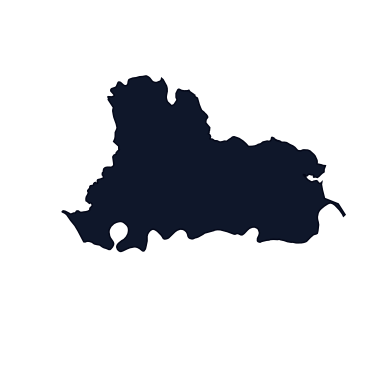 Margarita, Bolívar, Colombia, rotated 132°
{"feature_id": "7082276B40110107140606", "entity_name": "Margarita", "entity_type": "district", "adm_level": 2, "iso_a3": "COL", "parent_name": "Colombia", "parent_adm1": "Bolívar", "projection": "robinson", "projection_center": [-74.198, 9.061], "detail": "fine", "context": "isolated", "style": "filled", "palette": "ink", "viewbox_px": 384, "rotation_deg": 132, "n_neighbors": 0, "source": "geoboundaries", "source_scale": "gbopen_adm2", "svg_char_len": 6057}
<svg xmlns="http://www.w3.org/2000/svg" viewBox="0 0 384 384"><g transform="rotate(132 192 192)"><path d="M301.4,239.1L300.6,238.0L299.3,237.4L298.3,236.6L297.3,235.2L296.2,232.8L295.9,229.9L294.6,227.5L293.1,225.2L292.7,221.8L292.2,220.0L291.3,218.2L290.3,215.3L289.4,214.4L288.2,214.3L285.9,214.4L283.8,215.0L282.9,215.6L282.3,216.4L281.8,217.5L280.7,222.1L279.8,223.9L277.5,226.8L276.1,227.9L274.6,228.6L271.7,229.3L267.7,229.0L265.0,227.9L262.9,226.5L261.6,225.3L260.8,224.0L260.4,222.8L260.2,221.0L260.2,218.5L260.5,217.0L260.9,215.9L261.8,214.6L262.9,213.5L264.3,212.5L265.9,211.6L267.7,211.1L269.7,210.7L272.9,210.8L275.3,211.6L279.0,212.2L280.6,212.2L281.9,211.9L282.7,211.5L283.4,210.9L284.4,209.1L284.6,207.3L284.2,205.6L283.5,204.9L282.1,204.1L277.7,202.3L275.0,201.0L271.3,198.2L270.3,196.9L269.6,195.5L269.0,193.0L268.8,189.4L268.4,188.7L267.8,188.3L265.5,188.6L263.1,189.9L258.5,192.6L255.0,195.8L252.9,196.9L250.9,197.3L249.3,197.4L246.9,196.9L245.6,196.1L244.7,194.2L244.3,191.4L244.6,186.2L245.0,184.3L245.7,182.2L245.4,181.1L244.4,180.1L242.6,179.0L241.5,178.7L232.9,178.1L230.3,177.5L227.6,176.1L226.0,174.1L225.3,172.1L225.3,169.5L226.1,167.4L227.6,165.2L228.0,163.9L227.8,162.5L226.8,160.6L225.9,159.9L224.0,159.1L222.9,158.3L221.3,157.4L216.1,155.6L214.1,155.2L206.0,150.0L205.8,150.1L205.4,149.9L203.1,148.1L201.1,145.7L197.8,139.3L195.1,132.5L194.4,131.7L193.0,131.0L192.4,130.5L191.8,129.3L191.1,127.0L190.4,126.2L189.9,125.9L187.8,125.5L183.0,125.4L180.7,125.1L178.9,124.3L177.5,123.5L176.0,121.9L175.3,119.6L175.2,118.5L175.4,117.5L176.8,115.0L177.9,114.0L180.0,113.0L181.0,112.8L182.7,112.2L184.2,111.0L184.6,110.4L184.6,109.7L184.2,108.5L183.5,107.7L182.1,107.2L177.8,104.2L176.1,102.6L175.0,102.1L172.6,99.8L170.2,96.8L168.7,95.5L168.2,94.3L166.4,91.2L165.0,87.9L163.5,85.5L162.5,84.2L161.9,83.7L160.3,80.9L159.6,80.0L156.6,76.8L154.7,75.3L152.8,74.2L151.8,73.9L146.3,73.7L143.3,73.3L142.4,73.2L139.9,71.6L138.8,71.3L136.6,72.5L131.7,76.0L129.9,78.2L128.7,80.0L127.6,81.3L126.4,82.4L123.3,84.2L121.8,84.7L120.0,85.0L117.8,84.9L113.8,84.3L109.8,83.2L107.7,82.1L106.6,80.2L106.3,78.8L106.1,76.7L106.6,70.5L107.7,65.5L108.6,63.3L106.4,63.1L103.0,75.4L108.1,89.2L103.3,96.4L99.8,100.9L97.9,102.1L99.4,102.2L100.1,102.8L100.5,103.6L100.5,104.6L100.0,106.0L100.4,107.2L102.6,108.8L103.9,109.3L104.7,110.3L105.5,114.4L105.0,117.3L105.1,118.9L104.7,120.2L104.8,121.4L103.6,119.6L103.8,118.6L103.7,117.8L102.5,117.2L101.0,117.3L100.7,117.2L100.4,116.9L99.0,114.2L98.3,113.5L98.2,112.6L99.4,111.9L99.5,111.4L98.1,110.3L97.2,108.5L94.8,108.1L93.3,108.1L90.4,107.8L89.0,107.3L88.5,107.5L86.8,109.0L85.1,109.7L84.5,110.2L84.5,109.9L84.2,110.0L83.2,110.5L84.5,112.2L85.3,114.1L87.4,117.8L87.2,118.3L86.1,118.9L84.8,120.3L82.9,124.6L82.6,126.6L82.6,131.9L83.4,134.0L85.8,137.0L86.7,137.8L88.1,138.4L88.9,139.0L90.2,140.7L90.4,141.8L90.0,145.4L90.3,147.9L91.3,151.1L92.0,154.7L93.2,156.6L95.3,158.9L95.5,159.8L95.2,159.9L95.5,161.1L96.3,162.6L96.5,162.4L97.0,163.2L97.2,163.8L96.9,164.0L97.1,165.0L97.4,165.0L97.3,166.3L97.5,167.2L97.2,167.3L97.6,168.7L98.0,169.2L98.3,169.2L100.4,168.0L101.9,168.0L103.2,169.1L103.8,170.2L107.4,172.7L110.2,173.2L112.5,174.7L113.2,174.8L115.5,175.9L117.8,177.8L120.4,180.5L120.0,184.4L120.0,188.1L120.7,192.8L122.6,197.4L123.2,198.1L124.2,198.7L125.9,198.9L127.9,199.5L131.0,200.1L131.3,200.4L132.5,202.0L134.2,203.0L135.5,204.0L136.4,205.0L137.2,207.6L138.8,209.6L139.1,212.2L139.8,213.2L140.4,213.7L140.4,214.3L138.4,215.3L138.0,216.0L137.6,217.2L137.8,218.8L136.6,219.0L135.3,220.1L134.8,220.1L132.3,221.9L131.4,227.9L130.7,228.7L129.2,229.7L128.4,230.1L126.1,230.3L125.4,231.1L124.9,233.2L124.9,234.9L124.7,236.7L124.9,239.4L123.9,241.8L122.3,245.0L118.7,250.7L118.6,251.2L119.0,252.2L118.9,252.6L119.1,253.3L119.0,253.9L118.2,254.7L118.4,255.0L118.3,255.9L118.9,260.6L118.5,262.4L119.7,263.0L122.1,265.5L123.5,267.7L124.2,270.2L124.7,270.8L125.6,270.9L129.4,269.8L132.3,267.2L133.3,265.1L133.8,264.6L139.2,263.8L141.6,264.9L141.4,270.8L140.0,273.2L138.7,274.7L137.0,275.9L133.8,277.8L131.5,280.0L130.2,282.0L127.9,288.6L127.9,290.6L129.2,289.9L130.1,289.7L130.9,289.8L133.9,291.3L134.8,292.0L135.8,293.6L136.2,294.7L136.3,295.7L135.6,299.8L135.7,301.3L136.2,303.4L136.8,304.1L139.2,305.9L141.5,308.1L144.5,310.0L147.0,312.2L149.8,313.7L150.6,314.0L151.3,313.9L152.7,313.2L154.3,312.1L155.5,311.7L156.3,311.8L157.1,312.1L157.7,312.6L158.4,314.1L158.4,318.2L158.6,319.1L159.4,320.1L160.0,320.2L164.3,318.7L165.7,319.0L168.9,320.8L170.0,320.9L171.0,320.2L171.3,319.7L171.7,315.4L172.4,314.3L173.3,314.4L175.1,315.3L177.0,317.8L177.6,318.1L178.6,316.2L178.3,315.8L178.4,315.5L179.4,315.9L181.7,307.2L182.0,306.7L183.3,306.2L184.8,305.1L187.1,302.2L188.7,300.0L192.0,293.9L194.2,290.8L195.5,290.0L199.0,288.9L202.1,286.2L204.1,284.9L206.9,284.0L206.9,277.2L209.3,274.9L209.2,274.4L209.9,274.2L211.4,274.7L213.7,274.5L214.3,274.1L214.6,273.6L215.0,273.6L215.5,274.1L217.1,274.7L218.9,274.3L222.6,269.9L224.1,268.3L225.5,267.9L226.6,268.1L227.7,268.6L230.2,271.5L231.5,272.5L232.4,272.9L233.9,273.0L235.3,272.2L236.1,271.4L237.9,271.3L239.3,270.1L239.3,268.7L239.9,268.3L240.8,267.2L241.4,267.3L242.1,267.9L243.7,268.7L245.4,269.9L246.0,270.2L246.3,270.2L247.2,269.7L248.3,268.1L248.9,268.1L249.3,268.4L249.5,270.1L250.4,270.6L251.5,270.6L252.4,270.0L253.2,270.0L255.4,271.6L256.1,271.6L257.6,270.6L260.6,270.5L261.1,270.1L261.6,269.3L261.7,268.4L262.1,268.1L263.1,268.1L264.4,267.6L265.9,267.4L267.5,266.6L269.0,265.3L269.4,264.7L269.1,263.7L269.1,261.1L269.0,260.6L268.0,260.4L267.7,260.1L267.7,258.8L268.3,257.5L269.3,256.9L272.3,257.0L273.4,256.1L274.3,255.9L276.0,256.5L277.9,257.8L279.9,259.6L280.4,259.8L281.7,261.2L282.1,262.2L282.1,263.6L283.0,264.8L283.8,265.0L285.3,264.7L286.0,264.8L286.2,265.3L286.8,265.6L286.9,265.9L289.2,267.0L289.9,267.8L290.0,269.0L290.9,272.4L291.3,272.6L291.2,273.6L292.3,274.5L292.0,274.8L292.4,275.2L293.4,275.3L293.6,275.0L292.9,272.8L292.7,271.3L292.7,269.7L294.3,262.9L295.3,256.5L297.2,250.4L301.4,239.1Z" fill="#0f172a" stroke="#020617" stroke-width="1.5"/></g></svg>